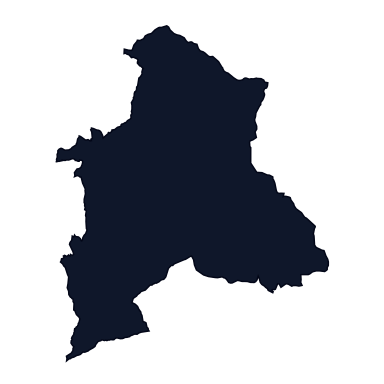 the district of Bicazu Ardelean, Harghita, Romania, rotated 89°
{"feature_id": "2599482B37807785334683", "entity_name": "Bicazu Ardelean", "entity_type": "district", "adm_level": 2, "iso_a3": "ROU", "parent_name": "Romania", "parent_adm1": "Harghita", "projection": "mercator", "projection_center": [25.893, 46.894], "detail": "fine", "context": "isolated", "style": "filled", "palette": "ink", "viewbox_px": 384, "rotation_deg": 89, "n_neighbors": 0, "source": "geoboundaries", "source_scale": "gbopen_adm2", "svg_char_len": 6015}
<svg xmlns="http://www.w3.org/2000/svg" viewBox="0 0 384 384"><g transform="rotate(89 192 192)"><path d="M358.6,320.3L357.1,318.4L356.5,317.2L356.5,316.4L355.6,315.4L355.0,313.0L353.4,310.0L353.2,308.9L353.0,308.0L352.4,306.4L349.9,303.7L350.3,302.9L350.2,301.7L349.0,298.4L348.2,297.6L346.2,293.8L344.7,291.7L342.8,290.9L339.7,288.4L339.1,285.8L338.2,284.7L339.0,282.2L338.6,280.6L339.1,279.7L338.6,278.5L338.6,277.0L338.1,275.8L338.4,274.2L338.1,273.5L338.4,272.8L337.0,271.2L336.5,269.7L337.4,266.2L337.3,264.0L336.8,262.5L336.3,262.2L336.1,259.5L335.5,256.8L334.6,256.1L334.3,254.8L333.1,252.0L333.2,249.2L332.2,247.9L331.3,245.5L330.2,237.4L329.0,238.1L327.5,238.3L326.5,239.4L322.0,240.3L321.1,241.8L321.0,242.9L320.5,243.3L314.5,244.2L312.8,245.1L311.1,245.3L308.2,247.3L305.5,248.4L303.3,250.6L301.5,254.0L297.3,252.6L295.1,249.3L293.6,248.2L292.1,246.0L290.6,244.7L289.2,240.4L284.7,235.9L284.2,234.9L284.4,233.7L283.0,232.0L283.1,231.6L282.4,230.4L282.5,229.1L281.0,226.2L280.3,225.6L279.1,223.8L279.0,222.5L278.5,221.4L276.4,219.7L267.9,216.9L265.1,214.1L265.1,212.5L263.5,211.0L259.5,201.0L259.2,199.7L256.3,194.8L256.1,193.5L259.7,191.6L265.0,190.8L270.0,188.9L275.1,181.9L276.8,177.0L277.9,170.3L278.1,167.9L277.3,163.2L278.2,162.0L278.5,160.7L279.8,159.1L283.1,156.8L283.7,154.9L283.6,153.4L281.2,148.2L281.4,146.5L282.2,143.8L282.4,138.3L283.4,134.9L283.5,131.4L282.8,130.0L281.1,128.6L277.2,127.3L279.6,126.3L283.6,125.3L285.7,123.7L287.4,121.1L288.5,120.2L289.9,118.3L291.7,117.5L294.1,113.0L293.0,112.6L292.1,113.6L291.2,113.7L290.9,113.1L291.0,111.0L290.6,110.3L285.3,108.0L285.5,106.4L288.8,104.7L285.6,100.0L285.4,99.1L285.9,97.1L287.9,93.9L287.3,92.5L287.3,89.7L287.9,86.7L287.4,84.0L287.3,83.6L284.3,84.9L281.5,84.5L276.5,84.7L276.6,77.2L275.9,75.6L273.9,72.9L273.0,69.2L273.1,65.7L273.8,60.7L272.5,58.7L271.6,58.1L270.1,58.2L267.8,57.0L264.2,56.9L261.6,57.5L258.1,59.3L253.3,60.9L252.9,61.1L252.4,63.3L249.6,68.8L247.2,70.4L238.0,70.8L236.0,71.4L230.8,70.3L229.0,69.4L228.3,69.5L220.2,78.0L219.2,79.9L214.6,82.9L210.7,88.1L207.8,90.0L205.5,90.6L201.8,93.2L199.4,93.9L198.8,95.0L198.1,97.7L197.9,99.4L198.3,101.0L195.0,100.1L194.8,103.0L194.9,104.9L194.3,106.7L192.0,107.7L184.7,109.0L181.4,110.2L180.7,110.9L178.3,111.0L176.5,114.3L176.3,116.5L173.9,121.7L173.5,126.9L164.1,132.8L148.6,132.5L147.5,133.4L143.0,133.6L141.9,133.0L140.9,130.2L138.6,126.7L133.0,127.9L130.3,126.2L127.3,126.2L122.3,128.0L120.4,128.1L117.8,127.2L114.0,126.7L107.0,122.9L105.9,121.8L103.7,121.7L101.0,119.6L98.8,118.6L96.3,117.8L95.3,117.8L92.9,118.7L91.1,118.3L89.8,117.4L89.3,115.7L88.6,115.3L87.2,114.7L84.1,114.3L83.4,117.5L81.4,118.3L79.9,120.9L79.6,124.7L79.3,125.6L80.0,128.7L79.8,130.9L80.2,132.8L79.1,135.7L79.0,137.0L79.7,138.4L80.6,139.2L81.2,141.2L81.3,143.3L80.7,145.2L78.5,148.4L73.8,153.9L73.1,155.8L71.9,157.7L69.5,159.0L68.5,159.2L67.6,160.0L62.1,163.2L56.9,168.9L57.1,171.8L56.4,173.3L53.3,176.6L52.0,178.5L51.1,181.3L48.8,183.1L44.4,184.5L43.6,187.7L42.1,189.5L41.9,190.4L42.5,193.5L40.6,195.3L37.7,197.1L35.3,201.4L34.6,204.4L33.3,207.3L29.7,211.0L26.7,212.5L25.4,214.3L26.9,219.5L26.9,221.8L27.2,222.7L29.3,226.2L32.8,229.8L33.6,233.1L35.1,236.0L37.9,237.7L39.6,241.3L39.3,244.0L40.5,244.4L44.1,247.5L48.3,249.0L49.4,249.9L49.1,253.0L48.0,257.2L52.4,257.5L52.0,256.2L53.0,254.7L53.8,252.5L56.6,250.2L56.2,248.3L57.7,245.0L58.9,243.6L60.9,244.2L61.4,243.6L61.6,244.3L62.3,244.3L65.0,242.0L65.2,241.1L67.7,238.6L68.0,239.1L71.1,240.0L73.1,239.8L75.9,241.6L77.1,243.1L85.0,244.5L86.1,245.5L88.8,245.7L91.2,247.0L91.0,247.5L92.5,248.0L95.5,248.2L96.6,249.0L97.9,248.8L101.6,251.0L104.3,250.5L108.2,250.6L110.7,251.2L112.4,250.4L113.3,251.4L114.5,251.8L116.5,251.6L117.8,252.2L119.6,255.4L120.3,255.7L121.8,257.3L121.5,257.7L122.7,259.7L122.8,260.9L123.6,261.7L125.1,262.0L126.0,265.4L128.2,268.1L128.6,270.8L129.2,270.6L129.6,271.3L130.4,271.6L131.3,272.6L131.7,273.4L131.0,274.1L131.2,274.6L131.9,274.5L136.4,279.9L133.9,280.4L130.6,281.9L129.5,282.8L128.7,284.1L128.3,286.3L126.9,289.3L126.3,291.4L127.1,291.5L128.0,292.2L130.2,291.2L136.8,290.7L137.3,292.0L137.7,292.2L138.9,291.7L139.1,293.0L137.8,295.0L138.3,297.4L134.6,302.4L134.0,303.8L135.0,303.9L137.0,305.4L140.8,306.2L141.8,306.8L142.3,306.6L143.2,307.5L145.3,311.0L146.7,312.2L147.8,314.4L148.0,318.4L146.4,321.0L146.0,322.2L146.8,324.0L148.3,325.4L150.4,325.4L152.0,326.2L154.8,326.1L157.0,326.9L157.9,326.7L159.3,327.1L159.4,326.6L159.0,325.8L159.0,324.2L158.2,322.2L158.6,322.4L158.1,319.9L158.2,318.0L157.6,316.5L157.9,315.4L157.6,313.8L157.0,312.4L156.5,310.3L157.6,308.4L158.4,308.2L158.4,307.3L159.3,305.3L159.3,304.3L158.1,303.9L158.5,301.5L159.1,300.9L160.5,300.8L163.0,301.5L165.7,302.8L166.7,304.7L167.0,306.6L170.6,309.2L173.4,308.8L174.6,309.2L173.7,306.9L173.7,305.9L174.0,305.0L175.1,303.7L175.2,302.6L181.2,301.2L187.2,298.6L188.4,298.9L192.0,298.6L197.3,299.9L200.8,300.0L201.8,299.4L204.0,299.6L205.3,299.0L207.8,299.6L208.5,298.3L209.0,298.0L213.6,298.8L215.4,298.3L219.6,298.5L226.8,298.2L227.9,297.6L228.5,297.7L231.9,299.1L233.4,300.6L235.7,301.9L238.1,302.4L238.9,303.0L238.9,303.5L236.8,304.4L235.0,306.2L234.5,309.2L233.0,310.2L235.0,311.0L234.0,312.5L238.2,313.1L240.3,314.8L242.2,315.4L249.7,312.0L252.3,311.4L253.4,313.0L252.3,314.6L253.8,315.0L253.4,316.3L252.9,316.6L253.9,317.7L254.2,319.0L253.6,319.4L253.1,320.6L253.8,321.7L254.8,320.9L255.7,321.7L256.2,322.2L256.5,323.6L259.0,324.2L259.7,324.7L261.7,322.5L263.7,321.5L265.2,320.0L272.5,317.8L274.7,316.8L281.7,317.6L285.6,318.4L288.9,317.1L292.5,316.9L295.0,315.4L295.3,314.7L296.6,313.7L297.1,312.7L299.5,312.8L300.9,312.0L301.7,311.9L307.9,312.3L308.6,311.2L312.5,309.7L315.2,307.1L316.9,306.3L320.6,307.3L321.4,308.0L322.3,308.0L324.3,308.9L325.1,310.2L326.0,310.5L326.6,311.7L328.6,312.0L329.0,311.7L330.9,312.6L332.2,312.6L334.8,314.4L336.3,315.0L337.4,314.3L338.5,315.3L340.9,315.6L343.5,314.0L344.6,312.8L346.3,313.7L348.4,313.8L351.0,315.5L354.0,320.4L356.4,319.9L358.6,320.3Z" fill="#0f172a" stroke="#020617" stroke-width="1.5"/></g></svg>